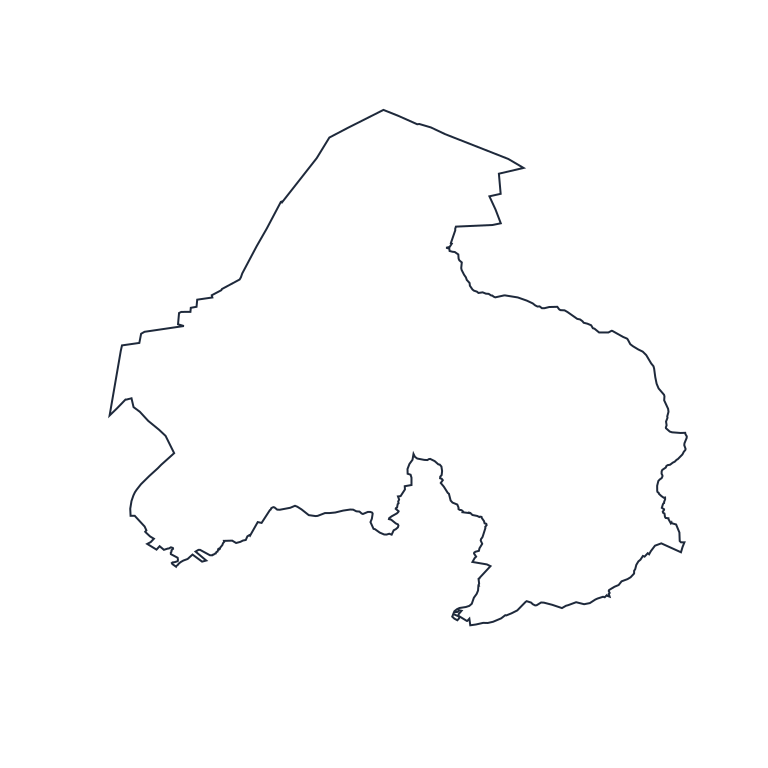 Emiliano Zapata, Hidalgo, Mexico, rotated 255°
{"feature_id": "50627088B36596593410465", "entity_name": "Emiliano Zapata", "entity_type": "district", "adm_level": 2, "iso_a3": "MEX", "parent_name": "Mexico", "parent_adm1": "Hidalgo", "projection": "natural_earth1", "projection_center": [-98.616, 19.664], "detail": "fine", "context": "isolated", "style": "outline", "palette": "slate", "viewbox_px": 768, "rotation_deg": 255, "n_neighbors": 0, "source": "geoboundaries", "source_scale": "gbopen_adm2", "svg_char_len": 6166}
<svg xmlns="http://www.w3.org/2000/svg" viewBox="0 0 768 768"><g transform="rotate(255 384 384)"><path d="M522.3,271.6L517.7,252.1L516.7,251.1L514.3,240.6L512.0,240.6L513.8,225.4L507.1,222.9L507.6,217.1L503.8,215.7L506.1,206.8L505.6,204.4L495.0,200.5L491.8,205.7L496.4,166.2L495.4,162.4L487.0,158.3L489.1,140.9L484.1,138.3L424.6,110.8L429.6,119.8L435.9,130.3L435.6,131.2L435.6,136.4L426.5,136.1L420.3,141.0L409.4,146.7L398.0,154.9L390.4,159.6L371.5,163.4L363.6,147.8L361.1,143.6L355.9,133.5L350.1,123.3L345.9,117.7L343.9,115.4L341.2,113.1L336.3,109.8L329.2,106.6L322.3,105.1L321.2,109.1L308.3,115.9L304.1,116.6L303.1,115.1L302.3,115.5L297.3,118.6L294.1,121.7L291.7,117.8L290.8,113.9L282.9,121.4L285.4,125.3L280.8,128.5L281.0,132.7L280.8,133.6L281.4,135.9L280.3,137.6L279.4,137.6L278.4,135.7L277.0,135.3L276.3,134.4L274.8,134.1L269.6,139.7L267.6,139.5L266.4,139.0L266.2,138.2L266.1,135.6L266.4,133.6L266.0,132.7L264.8,133.0L261.4,135.8L261.9,136.1L262.4,137.6L263.8,139.6L264.7,141.8L265.4,144.5L265.8,149.0L268.8,154.9L259.5,162.3L259.5,166.6L270.9,158.6L271.8,161.8L271.4,163.4L263.6,171.6L263.0,173.7L263.4,174.3L263.2,175.1L263.9,176.5L263.8,177.5L265.1,178.7L265.2,179.8L266.8,180.8L266.5,181.0L266.8,181.8L267.3,181.4L267.7,181.7L267.6,183.0L268.3,183.4L270.3,186.2L271.9,187.3L272.9,188.8L273.9,188.8L272.0,196.8L268.7,200.0L268.7,204.4L269.3,207.2L269.1,210.1L272.2,212.6L272.9,214.9L272.1,215.3L283.3,226.3L281.5,229.8L291.7,241.1L292.0,242.0L293.3,243.1L293.7,245.2L293.1,246.3L290.3,248.3L289.5,250.8L288.7,261.4L289.4,266.5L287.9,268.5L284.2,271.9L276.8,277.4L274.1,283.8L273.8,285.8L274.6,293.5L273.5,297.6L272.5,303.6L272.3,311.8L271.5,318.8L270.6,321.7L268.2,324.3L267.1,327.3L264.7,328.9L263.9,330.0L264.6,335.2L263.9,337.8L262.8,339.3L261.7,339.5L257.0,337.4L254.1,335.2L246.8,336.4L246.1,337.7L241.6,341.4L238.6,345.2L237.9,347.5L238.0,350.3L236.5,352.4L240.2,355.5L240.7,357.8L241.9,360.3L243.5,361.3L244.8,361.1L246.3,359.3L251.1,355.8L252.2,353.8L253.1,354.3L254.2,357.1L255.7,363.0L256.6,364.6L257.3,365.2L260.4,363.0L261.0,363.4L261.4,364.7L264.4,366.1L265.0,367.2L266.8,367.3L268.5,368.7L271.8,368.4L271.4,371.0L276.7,376.9L279.9,377.6L279.3,384.4L286.4,386.3L289.5,386.2L291.2,383.6L295.8,384.7L300.2,387.9L303.4,391.9L308.8,394.4L305.7,395.0L303.4,396.8L300.3,403.2L299.3,406.2L299.8,407.8L299.7,409.2L296.4,413.0L292.3,415.7L291.7,417.0L289.4,418.1L284.9,417.6L281.1,416.1L280.0,414.4L278.4,413.8L277.5,415.2L275.9,415.9L273.7,413.2L269.4,415.2L262.3,417.4L261.2,418.3L254.2,418.2L251.7,419.5L248.6,423.6L245.5,424.0L243.9,423.6L242.9,424.4L242.2,426.0L241.5,426.7L240.5,427.3L239.8,426.7L237.1,433.3L237.5,433.3L237.1,434.0L234.6,435.5L232.4,439.9L230.8,441.7L231.0,442.5L230.4,443.8L229.2,443.8L225.7,445.1L223.4,445.1L222.5,446.6L221.1,446.6L219.8,444.8L218.7,444.7L211.8,440.3L210.5,439.4L209.1,437.6L207.8,436.9L204.2,437.5L200.6,433.7L198.3,432.5L198.3,428.9L197.8,427.5L196.9,427.1L193.4,428.3L192.3,426.4L189.2,423.4L183.1,436.7L180.5,439.7L171.8,425.8L171.5,425.8L171.3,424.9L166.5,424.2L165.4,423.3L164.7,423.4L164.8,423.0L160.2,421.4L157.3,419.2L154.3,415.5L149.0,411.9L147.6,409.0L147.4,405.3L148.1,399.0L147.6,396.2L146.3,393.2L145.4,392.5L144.8,396.2L146.1,397.8L144.9,400.2L142.4,396.6L140.6,395.5L143.9,391.4L141.6,389.7L139.2,391.2L136.8,393.7L138.1,395.7L139.8,396.9L133.7,402.7L133.6,403.1L135.2,405.7L128.6,404.9L127.9,410.6L127.6,418.0L126.3,422.4L126.2,425.3L126.1,427.8L127.3,436.5L129.3,441.3L128.8,442.2L129.5,447.8L130.8,454.1L136.9,464.4L137.3,465.6L134.8,469.5L132.8,470.7L131.0,472.7L130.8,474.2L132.3,479.2L131.4,481.9L127.2,489.3L121.5,497.9L122.7,502.4L122.7,504.6L123.5,513.1L119.5,520.3L119.1,526.1L121.1,532.3L121.5,534.7L121.8,540.5L120.9,542.0L122.3,544.5L121.7,544.7L120.2,546.9L123.1,546.8L123.8,547.9L125.9,547.5L126.8,548.2L128.5,554.2L129.1,558.6L131.9,562.4L132.5,568.7L133.5,572.2L136.2,576.5L138.9,577.3L140.1,578.7L144.0,580.9L146.8,583.8L147.9,586.2L150.9,589.6L149.8,591.0L152.3,595.0L150.9,596.0L153.4,598.4L157.7,603.9L158.3,610.6L144.6,627.3L149.3,630.2L153.3,633.2L154.2,629.9L155.8,629.0L164.1,630.9L172.7,629.8L174.7,626.5L175.2,625.9L175.8,625.9L175.1,625.0L179.9,623.8L180.7,624.0L181.7,621.4L182.9,621.0L186.3,621.4L187.3,620.3L188.5,620.2L189.9,621.9L190.5,622.1L192.5,620.3L195.5,622.2L196.3,622.9L196.5,623.7L197.7,624.1L199.9,625.7L201.6,626.1L201.7,624.8L204.0,622.9L206.7,621.2L207.9,621.1L208.7,620.3L209.9,620.2L215.0,621.5L219.3,623.9L220.4,625.6L221.2,627.8L222.6,629.0L223.6,629.3L225.5,628.9L227.8,629.6L229.0,630.6L230.4,634.6L231.6,635.4L232.2,636.9L232.0,639.5L233.3,642.6L233.7,644.7L235.1,647.1L235.3,648.2L238.7,654.0L241.0,656.1L242.2,657.9L243.2,658.5L247.2,658.2L249.0,658.9L253.6,662.4L255.1,662.9L257.4,662.2L258.9,662.3L259.9,657.9L262.8,649.7L264.1,647.7L268.3,644.9L269.1,645.0L271.0,646.3L274.7,646.7L278.0,649.1L279.4,649.2L283.5,651.6L286.5,652.0L295.7,650.4L299.5,651.7L301.1,651.7L308.6,648.1L313.7,647.4L320.4,647.8L328.9,648.9L331.4,648.9L334.7,647.4L344.0,644.8L348.3,642.3L351.6,638.5L356.1,634.2L358.7,632.2L363.4,631.1L364.7,630.7L365.5,629.8L367.6,627.1L376.2,618.3L376.5,617.6L375.7,614.1L378.1,605.1L383.0,601.6L383.8,600.2L387.1,599.3L389.6,596.1L391.5,592.7L393.2,592.0L395.6,590.1L396.9,587.5L406.0,579.9L408.4,577.5L409.7,573.5L410.8,572.5L413.7,571.4L415.6,563.5L415.7,558.6L416.3,556.2L418.7,554.4L419.1,552.3L420.8,550.4L423.4,548.5L427.6,543.5L433.0,535.6L438.2,524.0L438.5,522.8L438.9,513.9L440.0,512.5L441.4,511.5L441.7,510.5L444.0,508.4L444.9,505.8L447.0,503.0L447.5,498.8L449.2,497.6L450.9,495.0L452.4,493.9L456.7,492.4L459.4,492.8L463.1,490.9L465.8,490.7L468.9,489.6L474.1,488.5L476.0,488.6L481.3,490.6L483.9,488.8L485.7,488.5L489.9,489.3L493.2,486.5L494.0,484.4L495.5,481.8L497.9,482.1L499.5,479.3L499.4,482.9L502.0,485.8L502.7,485.0L514.0,492.6L515.6,493.0L517.4,494.2L509.5,529.9L509.0,538.4L523.5,536.9L538.0,534.4L537.5,545.9L557.4,549.4L556.6,574.7L569.2,562.3L609.6,507.6L619.7,495.7L626.0,485.4L626.3,483.3L639.1,467.5L648.9,454.4L640.7,415.0L636.2,395.0L619.6,377.5L586.0,332.7L586.7,332.6L586.6,331.5L564.6,311.1L550.1,296.7L527.5,275.7L524.1,273.4L522.3,271.6Z" fill="none" stroke="#1e293b" stroke-width="2"/></g></svg>